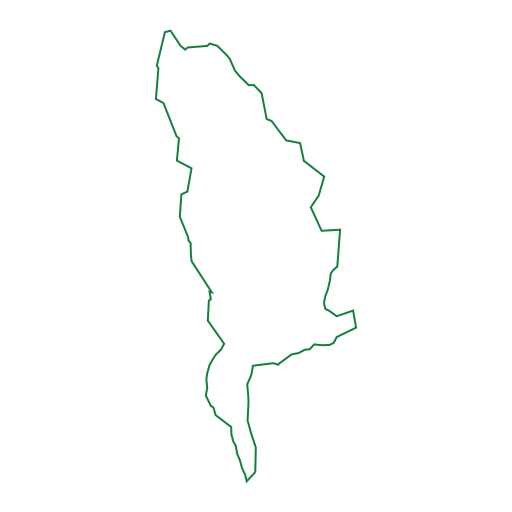 the district of Ibesikpo Asutan, Akwa Ibom, Nigeria
{"feature_id": "59680162B22561739962750", "entity_name": "Ibesikpo Asutan", "entity_type": "district", "adm_level": 2, "iso_a3": "NGA", "parent_name": "Nigeria", "parent_adm1": "Akwa Ibom", "projection": "equal_earth", "projection_center": [7.957, 4.894], "detail": "fine", "context": "isolated", "style": "outline", "palette": "green", "viewbox_px": 512, "rotation_deg": 0, "n_neighbors": 0, "source": "geoboundaries", "source_scale": "gbopen_adm2", "svg_char_len": 1368}
<svg xmlns="http://www.w3.org/2000/svg" viewBox="0 0 512 512"><path d="M278.3,364.7L278.9,363.7L291.6,354.4L298.8,353.0L304.8,349.7L309.6,349.3L314.2,344.4L321.8,345.2L329.4,345.0L333.8,342.8L336.6,337.1L356.1,327.6L353.1,310.6L336.7,316.2L329.2,310.8L325.5,309.0L324.2,304.5L324.1,301.8L325.6,295.3L327.7,290.0L329.9,280.8L330.8,273.6L333.0,270.3L337.3,266.5L340.1,229.7L321.6,230.8L310.8,207.3L318.7,195.6L324.2,176.6L304.5,161.3L303.9,161.0L300.1,143.1L288.9,140.9L286.2,140.4L271.5,120.9L266.7,119.1L261.6,93.1L253.8,85.0L248.8,85.2L239.3,75.9L234.8,70.4L230.1,59.5L226.6,54.9L222.5,51.0L217.3,45.8L209.8,43.6L207.3,45.9L187.6,47.5L185.2,49.6L180.6,45.9L170.5,30.7L164.9,32.2L156.8,65.6L158.4,68.4L155.9,99.0L163.5,103.1L176.5,136.2L179.0,138.3L176.9,160.6L191.5,168.3L187.4,191.6L181.4,194.3L179.8,216.7L188.2,237.3L188.5,240.6L190.6,243.0L190.9,254.7L191.6,261.2L211.8,292.4L209.5,291.8L210.8,299.3L208.9,300.5L207.8,320.6L224.1,343.7L221.2,349.4L215.3,355.2L209.6,364.8L207.1,373.9L206.4,379.1L207.2,388.3L205.8,395.5L210.9,406.0L213.4,407.4L215.6,415.1L231.2,427.0L231.4,434.5L233.5,441.9L235.7,445.6L237.3,454.2L240.1,460.8L242.0,467.9L245.1,474.6L246.7,481.3L254.6,472.9L255.3,471.2L255.8,447.5L251.1,433.2L247.6,420.6L248.5,402.3L248.3,396.3L247.2,384.4L251.3,375.0L253.0,365.7L273.4,363.2L278.3,364.7Z" fill="none" stroke="#15803d" stroke-width="2"/></svg>